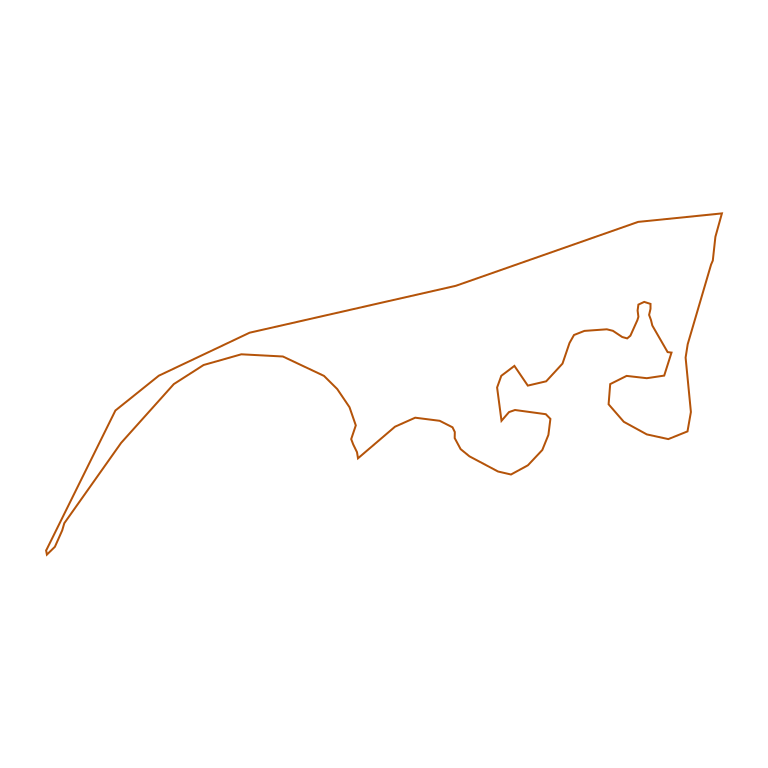 the Governorate of `Adan
{"feature_id": "YEM-3510", "entity_name": "`Adan", "entity_type": "Governorate", "adm_level": 1, "iso_a3": "YEM", "parent_name": "Yemen", "parent_adm1": "", "projection": "equal_earth", "projection_center": [44.861, 12.797], "detail": "fine", "context": "isolated", "style": "outline", "palette": "amber", "viewbox_px": 768, "rotation_deg": 0, "n_neighbors": 0, "source": "natural_earth", "source_scale": "10m", "svg_char_len": 1141}
<svg xmlns="http://www.w3.org/2000/svg" viewBox="0 0 768 768"><path d="M721.9,213.4L715.4,236.8L712.8,260.6L711.1,264.5L687.7,344.2L685.6,357.6L690.9,412.0L687.5,431.4L668.3,439.1L646.8,434.4L623.8,421.8L608.6,404.3L610.2,384.1L626.6,375.9L646.8,378.2L664.2,375.6L671.5,352.6L667.6,352.1L652.3,325.5L651.0,320.1L649.1,314.9L650.5,308.9L650.5,303.9L644.2,301.9L638.4,304.6L637.6,310.5L638.4,316.8L637.4,320.1L630.4,335.7L627.2,338.4L622.2,337.0L612.9,330.8L606.8,329.3L584.4,330.9L574.0,335.0L569.5,343.0L562.5,363.6L546.2,381.3L527.8,385.6L514.4,365.9L501.3,375.8L497.1,387.5L501.5,420.8L509.0,412.1L515.0,410.0L545.8,414.2L550.4,418.9L548.4,434.9L542.3,450.0L527.9,465.3L511.0,474.5L498.0,471.5L469.4,456.3L460.6,449.1L454.7,438.1L454.8,432.0L452.5,427.3L439.7,420.8L415.2,417.7L395.0,426.7L358.0,458.3L357.0,452.2L353.2,444.4L351.2,439.1L355.8,425.4L349.5,407.2L337.2,389.0L324.0,375.9L282.9,356.5L241.3,354.3L203.6,365.0L173.8,384.1L121.1,442.9L64.3,523.2L62.2,530.4L54.9,546.8L46.9,554.6L46.1,550.4L46.7,549.4L115.4,410.5L158.8,375.7L249.6,332.7L455.8,285.8L638.1,221.9L721.9,213.4Z" fill="none" stroke="#b45309" stroke-width="2"/></svg>